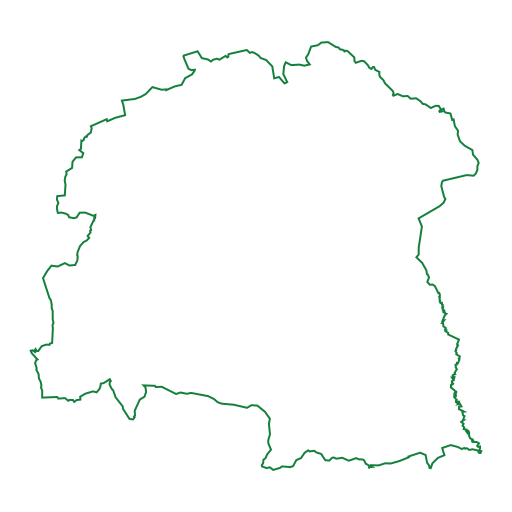 Castleisland Lea-4, Kerry, Ireland (Mercator projection)
{"feature_id": "5873133B10619392934553", "entity_name": "Castleisland Lea-4", "entity_type": "district", "adm_level": 2, "iso_a3": "IRL", "parent_name": "Ireland", "parent_adm1": "Kerry", "projection": "mercator", "projection_center": [-9.401, 52.23], "detail": "fine", "context": "isolated", "style": "outline", "palette": "green", "viewbox_px": 512, "rotation_deg": 0, "n_neighbors": 0, "source": "geoboundaries", "source_scale": "gbopen_adm2", "svg_char_len": 5915}
<svg xmlns="http://www.w3.org/2000/svg" viewBox="0 0 512 512"><path d="M472.4,150.1L464.8,145.8L460.0,141.3L457.6,134.4L458.1,130.9L454.9,126.2L453.6,119.4L452.2,120.0L450.5,113.5L445.4,112.5L444.3,111.3L443.6,108.6L441.2,109.6L442.1,111.4L439.7,111.9L439.3,111.2L440.9,109.5L438.8,105.9L435.7,105.8L430.8,108.0L425.6,104.4L422.6,103.8L420.6,101.3L416.2,98.3L410.7,98.7L407.7,96.0L403.0,96.3L397.6,94.0L393.4,95.7L392.9,95.0L393.6,93.0L392.8,91.0L385.0,83.3L383.3,80.0L380.1,77.0L379.3,74.9L379.4,71.9L375.3,69.9L374.0,67.0L372.8,67.1L371.4,69.0L369.3,67.8L367.9,65.2L364.1,61.2L361.5,60.8L355.8,62.8L354.5,61.0L354.3,57.4L347.6,51.1L345.2,50.6L344.6,51.4L342.6,49.7L340.1,49.4L338.4,47.4L335.9,47.0L328.0,42.1L321.3,42.6L317.9,45.2L311.1,46.6L308.2,54.3L306.0,57.6L306.9,60.7L309.7,64.4L304.3,65.7L299.4,64.6L291.2,65.1L285.8,62.3L284.1,66.0L283.3,74.1L287.2,82.1L284.5,83.4L279.0,77.0L274.2,78.3L272.3,66.4L266.1,60.0L260.6,58.0L258.7,55.6L254.4,52.9L252.0,52.1L249.9,52.9L246.8,50.0L229.5,53.9L228.4,54.4L228.3,56.8L227.2,57.4L225.6,55.9L219.4,59.7L217.2,58.7L213.2,59.7L210.9,61.5L208.0,59.5L201.8,58.1L197.6,51.3L183.7,55.6L183.4,56.2L184.5,59.4L188.5,68.8L191.5,70.2L194.8,69.7L194.8,70.4L192.0,74.4L185.2,78.1L181.6,84.8L174.5,86.5L166.3,90.1L166.3,89.4L161.5,89.7L152.4,87.1L145.8,94.0L140.9,96.8L135.1,98.9L121.9,100.6L123.3,104.8L125.1,115.2L115.2,117.8L107.3,121.3L106.7,119.2L90.9,126.2L91.7,128.2L90.8,132.5L87.5,135.0L86.7,136.9L85.7,136.5L84.0,138.4L83.8,139.8L82.1,141.2L81.4,140.7L80.9,148.9L79.3,150.1L83.3,153.2L81.9,157.3L76.0,157.4L72.5,161.8L72.1,167.9L66.2,171.6L66.6,174.3L65.3,176.8L64.7,180.5L65.5,184.6L64.8,195.4L57.3,196.1L56.9,199.5L58.4,203.0L57.0,206.1L56.9,208.5L57.8,212.9L61.6,212.6L66.1,213.8L68.2,215.0L69.0,217.2L73.9,218.2L76.6,217.4L79.7,212.7L85.2,212.6L93.4,215.8L95.4,214.9L95.1,217.9L94.3,217.8L94.2,220.3L93.7,220.2L90.4,227.2L91.1,230.1L90.1,230.9L90.5,232.5L87.6,236.0L89.2,237.9L86.8,240.4L83.5,242.1L80.1,246.0L77.8,251.5L77.1,255.0L77.7,256.1L77.4,260.3L75.2,265.0L69.4,265.5L64.9,263.1L57.7,266.5L51.4,265.7L47.3,270.9L43.0,278.1L49.5,298.2L50.7,299.8L51.7,304.4L51.7,308.3L52.7,311.0L52.7,319.1L53.5,322.9L52.5,325.0L52.9,328.2L52.1,343.0L49.9,343.6L49.5,344.8L46.2,344.6L41.7,346.2L38.2,351.1L36.5,350.9L35.6,349.0L34.5,350.2L35.6,351.5L35.2,352.1L32.4,350.3L30.7,350.7L31.7,353.1L37.5,359.5L36.3,360.0L35.1,363.1L36.7,368.3L36.3,369.7L38.6,374.1L38.9,378.4L40.7,381.8L41.4,385.6L41.0,387.6L42.2,390.5L42.2,397.6L57.1,397.0L58.4,398.6L65.0,398.1L68.3,400.8L69.4,399.9L72.9,400.0L74.2,401.9L76.5,400.1L80.4,399.6L80.2,396.7L85.3,393.7L92.9,391.4L96.6,392.3L99.2,389.3L100.4,386.6L100.8,383.6L103.7,383.1L109.8,379.2L110.8,381.1L109.8,381.9L109.6,384.7L112.0,389.3L113.1,390.1L115.6,397.3L122.7,406.4L123.1,409.0L129.5,418.9L133.0,419.4L134.6,417.3L134.0,416.5L135.0,415.5L134.7,410.8L139.8,399.6L144.5,396.7L146.1,392.0L145.5,387.4L143.6,385.4L154.8,385.8L155.8,387.0L161.8,386.8L176.1,394.0L180.5,392.5L186.9,393.8L191.0,392.9L208.0,396.1L214.0,399.0L217.6,402.2L221.8,403.7L233.7,404.7L247.0,407.8L251.5,405.2L257.4,405.6L265.0,411.8L269.9,418.8L268.9,423.7L270.0,434.4L268.2,440.4L268.4,443.5L271.0,449.6L267.2,454.4L265.5,458.2L263.5,459.7L263.1,463.3L261.8,465.1L262.0,466.4L266.6,468.1L269.8,467.3L273.2,469.9L279.8,468.0L282.0,466.4L290.3,467.1L293.1,466.1L296.3,460.1L301.0,458.1L304.7,452.7L308.2,450.4L309.6,451.4L314.3,450.8L316.1,452.3L321.2,454.0L325.3,460.2L329.2,460.6L332.1,457.8L333.8,457.5L336.3,458.7L342.3,457.8L348.8,460.7L356.3,458.1L358.6,459.3L362.7,459.5L364.1,460.3L365.7,463.6L369.0,465.6L369.3,466.5L368.6,468.4L369.7,467.0L371.8,466.9L369.9,465.9L370.8,465.2L378.6,465.4L385.2,463.3L390.7,463.5L399.2,461.1L408.8,457.3L408.5,456.5L420.1,452.7L425.6,455.0L427.1,462.8L429.2,465.6L429.5,467.9L430.7,468.2L432.5,463.2L437.9,457.9L444.4,455.2L442.2,448.0L450.7,445.1L457.6,446.9L461.7,449.0L464.4,448.0L465.2,448.7L466.8,448.2L469.2,449.9L472.6,449.3L476.7,450.2L478.8,450.9L478.4,452.1L479.2,452.9L480.5,453.0L481.3,451.2L479.2,450.3L480.1,448.3L480.0,446.5L478.2,446.9L477.2,445.9L479.0,443.4L476.7,442.0L472.4,441.9L472.1,441.1L473.4,441.0L472.7,439.5L470.2,438.4L469.1,435.8L469.1,432.5L468.3,430.8L467.8,430.7L468.2,432.7L467.7,433.3L466.0,430.9L466.4,429.6L463.7,429.1L464.2,427.4L462.6,425.7L463.6,423.9L461.2,421.9L463.8,420.1L463.0,420.0L464.5,416.1L463.1,415.4L462.3,411.8L464.0,411.6L458.9,409.1L459.1,406.7L461.4,406.4L460.0,403.9L458.4,404.2L459.4,403.3L458.9,401.6L457.5,401.8L457.4,403.2L456.0,402.1L455.9,400.9L456.7,399.9L454.2,397.1L454.3,395.3L455.4,396.5L456.0,396.0L455.8,394.9L454.5,394.4L454.7,393.0L456.2,392.8L456.2,391.7L455.2,391.8L454.8,390.6L450.9,387.4L451.1,384.9L452.6,384.5L453.6,383.0L452.5,383.8L451.9,383.0L451.9,381.2L453.7,380.2L452.3,378.1L454.0,378.6L454.5,377.1L452.5,376.7L452.8,375.1L455.2,374.2L454.6,372.9L456.8,369.2L455.8,367.4L455.5,364.8L456.8,364.5L456.9,363.0L457.8,363.3L459.4,359.9L458.3,357.8L459.4,358.8L459.8,356.4L456.3,354.3L456.7,353.0L455.4,351.0L456.3,350.0L455.9,348.9L457.4,346.9L457.1,346.2L458.0,345.3L457.1,344.1L459.0,339.6L448.2,334.5L448.2,332.9L445.5,331.2L446.3,330.2L445.0,329.7L445.8,328.1L443.4,326.3L443.0,323.2L442.0,323.0L444.1,320.4L442.6,320.6L444.7,315.5L446.4,313.8L444.9,313.2L444.5,311.5L443.9,312.4L443.2,311.9L443.4,310.5L442.8,310.0L443.2,309.3L442.2,308.0L443.2,307.1L442.4,306.2L442.9,305.1L441.9,304.5L441.9,302.8L440.5,303.0L439.6,301.2L440.2,300.5L439.4,298.8L439.9,297.3L439.2,296.7L439.8,295.9L439.8,294.2L439.2,293.0L438.4,293.2L434.9,286.1L432.5,284.5L430.0,284.8L427.3,282.0L429.0,277.6L427.8,274.5L426.9,274.1L426.4,270.4L422.2,262.9L416.4,257.3L418.7,254.5L418.7,247.7L421.9,226.5L418.6,218.4L439.7,206.1L443.6,202.7L445.4,199.0L444.2,197.2L441.3,186.2L441.9,182.4L443.0,180.7L466.6,175.1L473.6,175.7L475.8,173.6L477.3,170.1L477.4,166.1L478.7,163.0L477.6,160.0L473.0,154.6L472.4,150.1Z" fill="none" stroke="#15803d" stroke-width="2"/></svg>